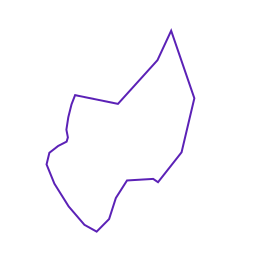 the Territory of Jervis Bay Territory, rotated 137°
{"feature_id": "AUS-1932", "entity_name": "Jervis Bay Territory", "entity_type": "Territory", "adm_level": 1, "iso_a3": "AUS", "parent_name": "Australia", "parent_adm1": "", "projection": "mercator", "projection_center": [150.718, -35.16], "detail": "fine", "context": "isolated", "style": "outline", "palette": "violet", "viewbox_px": 256, "rotation_deg": 137, "n_neighbors": 0, "source": "natural_earth", "source_scale": "10m", "svg_char_len": 442}
<svg xmlns="http://www.w3.org/2000/svg" viewBox="0 0 256 256"><g transform="rotate(137 128 128)"><path d="M143.0,67.9L144.3,73.6L164.5,90.3L184.6,85.1L203.9,74.3L221.6,73.6L225.9,86.9L224.9,111.1L219.8,137.5L212.4,156.9L202.4,163.5L191.3,162.5L182.2,159.9L178.4,162.1L174.2,168.8L164.3,176.6L153.2,183.8L144.3,188.1L118.9,152.5L60.2,157.5L30.1,169.7L59.2,104.5L105.4,73.7L143.0,67.9Z" fill="none" stroke="#5b21b6" stroke-width="2"/></g></svg>